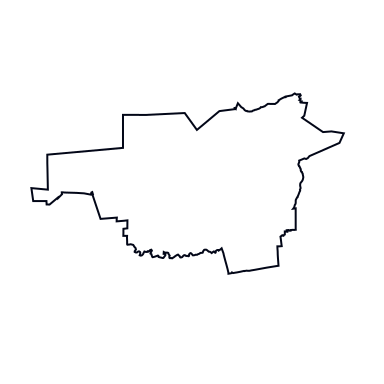 outline of Tepezalá, Aguascalientes, Mexico, rotated 262°
{"feature_id": "50627088B35314322738338", "entity_name": "Tepezalá", "entity_type": "district", "adm_level": 2, "iso_a3": "MEX", "parent_name": "Mexico", "parent_adm1": "Aguascalientes", "projection": "natural_earth1", "projection_center": [-102.215, 22.244], "detail": "fine", "context": "isolated", "style": "outline", "palette": "ink", "viewbox_px": 384, "rotation_deg": 262, "n_neighbors": 0, "source": "geoboundaries", "source_scale": "gbopen_adm2", "svg_char_len": 5720}
<svg xmlns="http://www.w3.org/2000/svg" viewBox="0 0 384 384"><g transform="rotate(262 192 192)"><path d="M125.9,273.3L127.4,273.3L132.8,273.4L135.2,273.4L135.5,273.4L135.9,274.2L136.4,274.8L136.6,275.5L135.9,276.2L136.0,276.6L136.5,276.9L136.9,277.6L137.0,278.0L140.0,278.4L139.9,278.8L139.7,279.5L139.5,280.4L139.8,280.3L140.3,280.2L140.7,280.2L141.0,280.3L140.9,282.4L140.2,282.4L140.0,284.4L140.6,284.6L140.5,286.4L140.4,287.1L140.2,287.9L140.2,289.5L140.7,289.5L141.4,289.6L161.4,292.4L161.4,289.9L162.4,290.9L162.9,291.2L164.8,292.0L165.9,292.9L167.0,293.2L169.5,293.6L170.3,294.1L172.1,295.4L172.1,295.7L172.2,295.8L172.3,295.7L174.7,297.2L177.0,298.4L178.2,299.3L179.2,299.2L179.4,299.3L180.5,300.0L181.4,300.1L182.4,300.0L183.5,300.0L185.0,300.3L185.8,300.7L187.1,302.1L187.7,302.7L188.1,303.0L189.4,303.7L191.2,304.3L193.2,304.2L194.1,304.1L194.6,304.2L194.8,304.1L195.0,304.0L195.3,303.9L195.5,303.9L195.8,303.7L196.2,303.7L196.3,303.7L196.5,303.4L196.7,303.5L196.8,303.4L197.0,303.2L197.3,302.9L197.6,302.8L197.8,302.8L198.0,302.8L198.2,302.7L198.3,302.7L198.7,302.7L198.8,302.7L199.0,302.8L199.3,302.9L199.5,302.9L200.2,302.6L200.3,302.5L200.7,302.5L200.8,302.5L201.0,302.4L201.4,302.2L201.5,302.2L201.8,302.2L202.2,302.0L202.6,301.9L202.7,301.6L202.9,301.6L203.1,301.6L203.3,301.5L203.4,301.4L203.5,301.3L204.0,301.3L204.3,301.3L204.5,301.2L204.7,301.3L204.9,301.3L205.3,301.5L205.7,301.8L206.1,302.0L206.4,302.2L206.7,302.3L206.9,302.4L207.4,302.5L208.2,302.5L208.5,303.7L208.7,304.6L209.6,307.9L208.8,309.6L209.4,311.3L211.2,313.3L211.4,314.0L212.3,317.2L220.1,344.9L229.0,350.5L232.6,338.5L233.1,330.1L250.2,311.3L251.9,313.8L264.2,318.3L264.8,315.0L265.4,312.5L266.2,313.0L266.2,311.9L268.3,312.3L267.9,311.7L268.1,311.3L268.7,312.1L269.1,312.3L270.3,311.5L271.5,311.2L271.9,312.2L272.1,312.6L272.5,313.1L273.8,312.7L273.9,310.0L274.0,310.0L273.9,309.0L274.2,308.8L274.9,307.9L275.2,307.6L275.3,307.4L274.0,304.7L273.8,304.5L273.8,304.3L273.5,298.1L273.4,298.1L273.1,298.1L273.0,298.3L272.9,298.8L272.9,297.1L273.2,297.1L272.0,293.4L271.0,291.2L270.8,290.6L270.3,290.6L269.1,289.3L269.0,289.2L267.6,286.4L267.9,284.9L268.2,282.7L268.6,280.1L268.7,279.3L266.8,275.9L266.7,275.8L266.7,275.5L266.7,275.1L266.4,274.2L266.3,273.3L266.3,272.6L266.4,271.9L266.0,271.6L265.6,271.0L265.1,269.7L264.9,268.3L264.6,267.2L264.6,266.1L264.6,265.8L264.3,265.3L264.2,264.0L263.5,262.6L263.5,262.0L263.6,261.7L263.6,260.4L264.0,258.7L264.2,258.0L264.6,257.8L264.8,256.7L265.7,255.6L267.6,254.5L269.2,252.6L273.5,249.8L269.4,247.4L268.1,246.9L268.3,246.7L268.5,246.7L268.8,246.4L269.0,246.3L269.2,246.2L269.3,246.0L269.3,245.9L269.0,245.9L268.6,245.8L268.1,245.7L268.3,230.4L252.8,205.5L271.2,195.8L274.7,157.4L278.0,134.4L245.3,129.8L249.1,53.9L240.4,52.7L236.0,52.2L214.4,49.6L218.2,33.5L205.1,33.5L204.6,37.0L203.3,46.6L199.9,46.3L199.4,49.2L205.2,58.5L204.5,58.5L207.7,62.7L207.9,63.0L209.0,62.9L209.8,63.0L209.6,64.2L209.2,65.8L207.2,77.5L205.7,84.9L203.5,91.4L205.5,92.3L205.8,93.2L203.3,93.6L203.0,93.1L178.1,97.7L177.1,114.0L175.3,113.6L173.4,113.3L173.0,120.3L172.9,124.1L165.0,122.9L165.1,119.0L163.4,118.7L161.7,118.5L158.1,117.9L157.6,121.6L156.1,121.3L152.2,120.9L149.3,120.5L148.8,120.7L148.7,123.0L148.8,124.0L147.8,126.4L147.5,126.6L145.6,127.4L144.6,128.2L143.0,128.5L142.7,128.3L141.5,127.2L141.3,127.0L140.6,126.9L140.4,127.2L139.9,128.0L139.8,129.0L140.3,129.9L140.6,130.8L140.6,131.3L139.9,132.1L139.5,132.3L139.1,132.3L138.4,132.2L137.7,131.9L136.6,131.4L136.1,132.4L136.2,133.3L136.3,133.7L137.2,134.8L137.7,135.2L138.6,135.7L139.7,136.6L139.3,137.4L139.0,138.2L138.9,139.9L139.5,140.0L139.4,141.4L140.4,142.6L140.5,143.7L139.5,144.1L137.3,142.4L136.8,142.3L136.0,143.2L134.6,143.3L133.0,143.8L132.9,144.0L133.1,146.0L133.8,149.4L133.5,149.8L132.3,149.9L130.7,153.8L130.7,154.5L133.0,156.8L134.3,157.0L134.7,155.3L136.5,155.7L135.7,156.8L135.6,157.8L135.3,159.5L135.1,159.7L135.0,159.9L134.8,160.0L134.7,160.1L133.7,160.2L132.3,160.9L132.2,161.0L131.0,160.5L130.1,160.5L129.8,160.6L129.6,160.8L129.5,161.2L129.6,162.1L129.5,162.3L129.1,162.9L129.1,163.3L129.3,163.6L129.6,164.1L130.0,165.1L130.9,166.6L131.9,168.9L131.9,169.6L131.7,169.8L131.0,170.0L130.2,170.9L129.0,171.2L128.7,171.8L128.7,172.0L128.8,172.6L128.9,173.2L129.6,174.0L130.1,174.6L130.4,175.1L130.5,175.5L130.5,176.0L130.3,176.4L129.8,176.7L129.7,177.0L129.6,177.3L129.4,177.7L129.5,178.0L129.4,178.4L129.4,178.5L129.1,179.0L128.9,179.4L128.9,179.6L128.9,179.8L129.1,180.1L129.3,180.2L129.9,180.3L130.0,180.3L130.4,180.4L130.8,180.6L130.9,180.8L131.0,180.9L131.1,181.0L131.3,181.3L131.5,181.5L131.7,181.9L131.5,182.4L131.4,182.6L130.7,183.1L130.0,183.5L129.4,183.9L129.2,184.0L129.1,184.5L129.1,184.9L129.1,185.5L129.1,185.8L129.2,186.2L129.4,187.0L129.3,187.3L129.2,187.8L129.1,188.2L129.5,189.0L129.6,189.6L129.8,190.5L129.9,190.8L130.4,191.7L130.5,191.8L130.4,193.2L130.4,194.1L130.5,194.2L130.9,194.4L131.6,194.7L131.9,194.9L133.0,196.0L133.1,196.4L133.0,196.7L133.0,197.7L132.8,198.2L132.3,198.8L130.6,200.3L130.5,200.8L130.3,201.4L129.8,202.1L128.8,203.0L129.4,203.9L130.1,205.2L130.0,205.6L129.7,205.9L129.0,206.1L128.6,206.6L128.8,207.0L129.5,207.0L130.2,207.4L130.3,207.5L130.9,208.5L131.0,209.1L130.9,210.1L130.3,210.3L131.1,212.0L132.1,213.5L127.0,214.6L125.3,214.7L121.9,215.1L118.6,215.5L115.7,215.9L110.7,216.5L107.1,216.8L106.0,216.7L106.1,219.5L106.3,220.1L106.5,220.4L106.7,220.5L106.0,221.3L106.1,223.8L106.1,225.1L106.3,228.9L106.6,232.5L106.4,232.7L106.5,235.1L106.2,236.3L106.0,237.8L106.0,238.4L106.1,239.6L106.2,243.4L106.7,255.5L106.9,265.2L106.9,267.4L114.4,267.9L118.1,268.2L121.6,268.6L123.3,268.7L124.6,268.8L126.3,269.0L126.0,271.4L125.9,273.3Z" fill="none" stroke="#020617" stroke-width="2"/></g></svg>